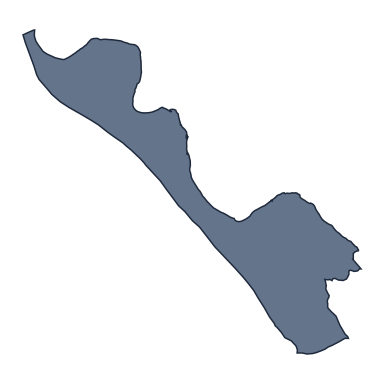 the district of Imbaba, Al Jizah, Egypt
{"feature_id": "37247803B76869719120733", "entity_name": "Imbaba", "entity_type": "district", "adm_level": 2, "iso_a3": "EGY", "parent_name": "Egypt", "parent_adm1": "Al Jizah", "projection": "natural_earth1", "projection_center": [30.99, 30.22], "detail": "fine", "context": "isolated", "style": "filled", "palette": "slate", "viewbox_px": 384, "rotation_deg": 0, "n_neighbors": 0, "source": "geoboundaries", "source_scale": "gbopen_adm2", "svg_char_len": 5957}
<svg xmlns="http://www.w3.org/2000/svg" viewBox="0 0 384 384"><path d="M358.5,250.2L358.3,249.5L358.0,249.2L357.7,248.9L357.4,248.0L357.0,247.4L356.7,247.0L356.3,246.8L355.5,246.5L352.8,243.8L350.8,241.4L349.5,241.0L348.3,240.5L347.7,240.1L347.1,239.6L346.5,239.0L345.9,238.3L344.8,237.9L343.8,237.4L342.1,236.3L341.0,235.1L339.8,233.9L338.6,232.9L337.0,231.8L335.8,230.7L334.4,229.0L333.3,227.6L332.6,226.4L332.0,225.7L331.5,225.3L330.9,225.0L329.5,224.5L328.1,223.8L325.8,222.2L324.9,221.7L324.1,221.3L323.9,220.8L323.6,220.5L323.3,220.2L322.8,220.1L321.0,217.7L320.0,215.9L319.4,214.9L318.9,213.9L317.3,211.7L316.6,210.7L316.0,209.6L315.5,208.5L315.0,207.2L314.7,206.5L314.2,205.6L313.4,204.7L312.9,204.3L312.3,203.9L311.6,203.5L311.0,203.3L310.5,203.1L310.1,203.4L309.8,203.4L309.2,203.3L307.0,202.1L304.7,200.4L301.5,198.5L300.7,197.8L300.1,197.0L299.9,196.2L299.9,195.2L299.6,195.1L299.4,194.6L298.9,194.2L298.5,194.1L297.9,194.1L297.5,193.9L297.1,193.5L297.0,193.1L295.9,192.9L295.0,192.9L294.2,192.9L293.3,193.1L292.6,192.9L292.0,192.8L291.4,193.0L290.7,193.2L289.9,193.4L288.9,193.4L287.8,193.2L287.1,193.2L286.4,193.3L285.6,193.6L285.2,193.6L284.7,193.4L284.4,193.1L284.2,192.8L283.2,192.9L282.4,193.2L281.4,193.6L280.9,194.1L280.3,194.4L278.9,194.8L278.0,195.1L277.2,195.6L276.6,196.1L275.3,197.5L273.9,198.7L272.6,199.6L271.2,200.3L271.3,200.4L271.2,200.5L272.3,200.6L272.3,200.9L272.1,200.8L271.4,201.0L270.8,201.2L270.2,201.5L269.5,201.9L267.7,203.4L265.0,205.4L263.1,206.3L261.4,207.1L259.7,208.0L258.0,209.0L256.0,210.0L254.8,210.7L253.3,211.8L252.8,212.2L252.1,213.0L251.4,214.0L250.7,214.9L250.1,216.0L248.3,217.4L246.1,218.9L243.8,220.1L241.6,221.1L240.2,221.5L239.1,221.6L238.1,221.5L237.1,221.3L235.9,220.9L235.4,220.5L234.9,220.0L234.5,219.3L234.2,218.5L232.5,218.0L230.6,217.3L229.2,216.5L227.1,215.2L225.2,214.1L223.2,213.1L221.1,212.3L213.7,208.0L212.3,206.7L211.1,205.6L209.6,204.0L207.3,201.6L205.8,199.8L204.4,197.9L203.6,197.2L202.9,196.4L202.3,195.5L201.7,194.2L200.8,192.7L200.0,191.3L198.5,189.6L197.4,188.0L196.6,186.6L193.3,181.4L192.5,179.9L191.6,178.1L191.4,177.4L191.1,176.7L191.1,175.7L190.9,174.9L190.6,173.2L190.3,172.3L189.9,171.2L189.8,170.7L189.7,169.6L189.8,168.4L190.0,167.4L190.1,166.6L190.3,165.8L190.4,164.8L190.3,164.1L190.2,163.4L190.3,162.4L190.3,161.6L190.0,159.8L189.8,159.0L189.5,158.5L189.3,156.8L188.8,155.1L188.1,153.5L187.4,152.3L187.4,154.4L187.2,154.5L187.1,154.4L186.9,150.2L186.8,149.9L186.5,149.6L186.7,147.7L186.7,146.1L186.7,144.5L186.5,142.5L186.6,142.0L186.7,141.3L186.7,140.6L186.9,140.0L187.1,139.6L187.3,138.7L187.6,137.9L188.0,136.8L187.6,136.4L187.3,135.8L187.2,135.2L187.2,134.5L187.0,134.9L186.9,135.4L186.7,135.5L186.7,136.8L186.6,138.1L186.4,138.1L186.1,138.0L186.1,137.7L186.2,137.3L186.3,136.5L186.3,135.2L186.6,134.9L186.7,133.4L186.6,132.1L185.4,130.4L184.6,129.1L184.3,129.0L183.9,128.8L183.7,128.5L183.6,128.2L182.5,127.3L182.0,126.8L181.6,126.0L181.4,125.1L181.1,125.2L180.8,125.2L180.6,125.1L180.4,124.9L180.4,123.3L179.9,121.8L179.5,120.3L179.1,119.0L178.4,115.6L178.1,113.8L177.3,113.2L176.7,112.4L176.2,111.5L175.9,110.4L174.9,109.8L173.7,109.4L172.3,109.3L170.8,109.5L170.5,109.6L170.1,109.9L169.7,110.1L169.4,110.4L170.0,110.6L170.5,110.8L170.9,111.1L171.3,111.5L171.1,111.7L170.8,111.8L168.5,110.4L167.2,109.6L166.2,109.0L164.5,108.3L164.0,108.2L163.4,108.1L163.2,107.8L162.9,107.5L162.6,107.4L162.2,107.3L161.2,107.7L160.3,108.1L159.3,108.7L158.3,109.6L152.4,112.0L150.0,112.5L147.7,112.8L145.4,112.9L143.1,112.9L141.5,112.7L139.9,112.3L138.4,111.8L136.6,111.0L135.5,110.0L134.7,109.1L133.9,108.1L133.4,106.9L133.0,106.2L132.9,105.8L132.7,104.0L132.8,102.2L133.0,100.8L132.9,100.1L132.8,99.4L132.8,98.7L133.0,97.8L133.9,94.4L135.1,91.3L134.9,90.8L134.8,90.4L134.8,90.0L134.9,89.6L135.2,89.0L135.6,88.6L136.0,87.6L136.6,86.0L137.0,84.0L138.0,83.4L138.8,82.6L139.5,81.6L139.9,80.5L140.6,77.4L141.1,74.0L141.3,73.3L141.4,72.3L141.4,71.1L141.2,70.1L141.0,60.7L140.6,59.2L140.6,58.1L140.6,57.2L140.4,56.2L140.2,55.2L140.3,53.8L140.5,52.6L139.5,50.0L138.1,47.3L137.2,46.3L136.1,45.5L135.4,45.1L134.5,44.7L131.7,44.4L129.3,44.0L127.9,43.3L126.8,42.9L125.6,42.6L124.2,42.3L122.8,41.7L121.7,41.2L120.5,40.9L118.9,40.6L113.5,39.9L111.3,39.7L108.8,39.6L106.3,39.3L104.1,39.3L102.7,39.4L101.1,39.7L100.4,39.7L99.7,39.5L99.0,39.2L98.4,38.9L97.6,38.4L95.8,38.4L93.5,38.6L91.4,39.2L90.1,40.4L89.0,41.6L87.9,42.9L86.6,44.6L85.5,45.4L84.5,46.1L82.8,47.7L81.6,48.3L80.5,49.0L79.7,49.6L78.8,50.4L77.6,51.1L75.5,52.8L74.4,53.5L71.0,55.9L67.8,57.8L64.0,59.6L61.2,59.2L55.5,57.9L46.9,54.0L43.1,51.5L38.4,45.1L37.3,43.4L35.9,41.1L34.6,37.0L34.4,35.9L34.4,34.1L34.4,32.9L34.5,31.6L34.7,30.0L33.8,30.0L23.0,34.8L25.3,42.5L34.0,66.2L36.6,74.6L39.1,79.5L47.1,88.7L51.8,94.4L60.2,101.7L68.9,107.4L81.6,114.6L91.4,120.4L98.6,125.0L107.7,132.2L113.5,136.4L122.9,142.9L126.4,146.1L130.9,149.8L140.4,158.8L144.5,163.3L145.4,164.7L153.4,173.4L160.2,180.7L166.8,189.9L171.1,195.6L178.7,205.9L184.9,211.6L192.5,220.8L199.4,226.9L206.6,236.1L215.0,247.0L221.0,253.3L235.0,268.1L242.7,276.7L247.0,281.8L253.7,290.4L258.5,298.6L264.3,307.7L269.5,316.9L274.3,323.5L275.3,326.0L276.7,327.0L281.5,332.6L284.9,337.7L291.2,340.8L296.0,345.9L297.4,349.9L297.1,353.0L302.2,353.0L307.0,354.0L312.8,353.5L316.6,352.5L321.9,350.5L325.3,349.0L328.2,347.0L332.0,345.4L339.7,341.4L343.9,338.9L345.4,338.3L348.4,338.4L347.7,336.6L345.0,334.0L339.8,325.1L336.0,316.1L331.0,311.4L328.0,308.1L327.7,306.9L327.7,303.3L327.3,301.8L327.7,299.2L328.7,297.7L329.2,295.7L327.7,293.1L326.3,290.1L325.8,288.6L326.3,285.5L325.8,283.5L325.4,281.0L324.8,279.4L328.2,279.9L329.7,279.4L332.0,280.6L332.6,278.9L335.0,278.4L338.3,280.0L343.2,280.5L346.5,279.0L348.0,276.4L348.9,274.4L348.9,272.4L349.1,270.7L349.4,270.4L351.3,270.4L354.2,271.4L357.6,270.9L359.5,268.9L361.0,268.9L352.8,259.3L353.3,259.2L353.3,253.6L354.7,252.1L356.7,251.1L357.8,250.9L357.7,250.8L358.5,250.2Z" fill="#64748b" stroke="#1e293b" stroke-width="1.5"/></svg>